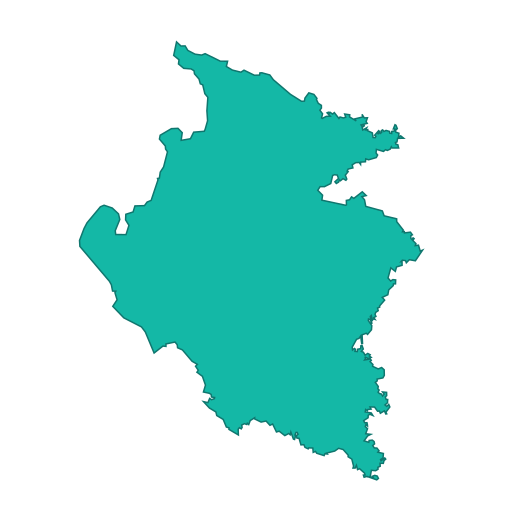 the district of Nablus, West Bank, Palestine, rotated 194°
{"feature_id": "87354302B42764778113026", "entity_name": "Nablus", "entity_type": "district", "adm_level": 2, "iso_a3": "PSE", "parent_name": "Palestine", "parent_adm1": "West Bank", "projection": "natural_earth1", "projection_center": [35.262, 32.179], "detail": "fine", "context": "isolated", "style": "filled", "palette": "teal", "viewbox_px": 512, "rotation_deg": 194, "n_neighbors": 0, "source": "geoboundaries", "source_scale": "gbopen_adm2", "svg_char_len": 6020}
<svg xmlns="http://www.w3.org/2000/svg" viewBox="0 0 512 512"><g transform="rotate(194 256 256)"><path d="M418.9,266.1L428.0,247.3L429.5,241.1L431.0,228.4L429.2,222.7L392.1,196.0L389.4,193.1L386.7,187.3L383.5,187.9L384.0,186.3L380.2,179.9L382.8,172.5L369.3,164.0L350.0,159.5L345.0,155.5L331.4,137.2L324.5,146.1L321.5,146.5L322.1,148.9L313.8,152.9L311.0,150.9L309.9,148.0L304.7,147.1L292.6,138.4L286.7,136.7L288.0,134.4L284.4,131.2L285.2,128.9L278.9,126.3L273.8,118.5L274.1,111.3L268.1,111.5L266.0,110.8L265.1,108.4L261.9,108.7L261.9,107.5L264.4,105.8L266.5,106.6L267.2,102.1L271.7,102.0L264.4,97.2L257.2,95.0L255.5,91.7L248.3,89.5L243.4,82.9L240.6,82.7L240.3,81.2L229.8,78.1L231.4,83.6L230.6,85.4L228.5,84.7L228.0,86.3L229.0,88.5L226.7,90.5L224.2,90.3L224.0,91.6L222.3,90.7L221.8,94.9L218.2,98.7L218.0,97.6L210.9,96.1L206.3,98.3L201.5,95.1L199.2,97.0L193.6,90.2L191.1,91.6L184.6,88.7L181.3,91.7L179.6,90.8L179.6,93.6L175.4,87.4L174.2,87.3L174.1,91.8L174.9,91.8L174.5,94.5L173.4,94.8L172.1,93.2L173.4,91.2L172.2,89.2L170.1,89.5L166.7,83.6L163.9,84.5L162.2,82.2L158.7,81.5L158.4,82.6L154.4,83.4L153.0,79.3L151.0,80.8L149.4,79.3L141.6,78.8L141.3,80.8L139.0,81.1L139.9,81.8L132.4,85.8L129.3,89.4L124.6,89.3L118.3,85.0L118.1,83.5L113.9,82.1L110.5,75.7L110.6,73.7L108.5,74.2L107.9,77.2L105.8,73.3L104.1,74.7L98.2,71.6L97.2,70.0L98.8,69.4L97.6,67.5L95.0,69.0L84.7,68.0L83.4,69.8L85.1,71.8L87.7,71.9L89.7,70.5L88.8,69.6L92.7,69.0L91.8,69.8L92.2,76.0L88.0,76.6L86.0,78.6L86.6,80.5L84.6,82.0L85.5,84.9L82.3,85.6L82.3,88.4L81.0,90.3L82.2,91.2L85.1,87.5L85.9,88.6L83.9,90.9L84.6,95.2L90.3,95.1L89.5,96.8L92.2,98.9L94.8,98.4L96.9,100.3L95.5,102.4L96.5,104.5L98.6,105.5L101.6,104.4L101.5,102.5L106.4,102.8L104.1,108.5L101.5,110.7L106.6,110.1L106.0,115.4L108.7,116.9L108.6,119.0L106.7,118.1L107.2,119.5L108.0,121.1L110.3,120.6L111.7,122.3L108.1,126.2L108.6,128.6L107.2,130.0L104.0,129.5L106.2,131.6L112.3,131.1L112.5,133.6L110.6,132.9L110.4,134.1L107.3,135.3L108.9,137.1L104.4,138.1L100.5,134.8L98.7,135.4L97.3,133.5L94.0,136.8L91.8,134.1L91.0,134.5L92.2,135.8L89.6,141.9L91.3,144.1L92.7,141.7L94.8,142.7L92.9,145.4L93.5,148.6L95.0,148.3L96.5,150.5L95.4,152.1L96.3,155.3L100.3,154.7L98.2,153.0L99.3,150.7L100.9,152.4L102.9,152.4L104.6,153.4L104.1,155.7L105.7,156.7L105.8,159.0L109.7,162.3L108.2,164.1L108.7,165.9L103.4,168.4L102.6,171.2L104.1,176.6L107.1,178.2L110.1,176.0L116.2,177.2L116.3,179.0L119.8,181.1L118.9,182.7L120.2,183.7L125.5,181.4L124.8,183.5L126.1,184.4L122.2,183.7L119.7,185.5L121.9,186.4L121.3,187.8L124.0,188.5L126.2,186.2L128.5,188.6L130.7,188.9L129.4,191.7L131.5,194.9L132.5,194.4L132.1,191.4L134.9,190.1L134.6,187.8L136.9,187.4L137.0,189.6L138.2,190.1L139.6,188.2L140.6,190.8L138.3,199.5L136.1,201.0L135.1,203.6L132.3,196.7L131.5,197.0L134.0,205.2L130.3,207.7L128.8,206.9L126.1,212.4L126.8,216.5L131.4,220.5L131.6,222.1L129.9,222.0L127.0,218.2L130.5,225.0L129.7,226.2L127.6,221.7L126.8,223.4L125.2,223.3L126.8,224.7L125.0,226.4L126.4,228.2L126.2,230.3L124.2,232.5L125.5,234.9L123.6,236.3L124.0,237.5L120.5,244.3L123.5,246.4L118.7,250.3L119.0,255.3L115.7,260.4L115.9,262.2L113.9,262.7L114.7,266.6L117.5,266.2L119.3,264.3L122.6,266.6L122.3,277.1L117.1,274.8L117.0,279.4L112.0,282.3L113.0,286.1L113.8,285.7L113.0,287.3L109.8,287.7L108.5,285.8L106.3,289.5L100.2,289.9L95.8,302.0L97.8,300.5L101.0,305.8L104.0,304.6L103.8,306.7L107.6,309.0L106.8,311.1L108.0,311.6L108.6,309.7L110.0,310.5L110.7,313.3L109.4,314.4L111.9,316.5L117.6,314.3L118.0,315.6L119.7,315.0L119.4,316.8L127.8,323.4L128.5,326.1L141.4,326.0L144.3,330.3L161.5,330.7L164.3,336.8L167.6,339.2L163.7,341.3L168.4,344.0L175.0,335.6L177.6,336.5L178.8,333.2L181.8,331.8L180.6,327.5L181.4,326.9L205.6,326.1L206.1,331.1L212.0,334.7L210.6,338.8L206.4,339.8L201.0,344.4L201.1,352.7L199.6,353.8L196.8,354.2L194.7,351.2L197.4,347.1L195.6,345.8L193.7,347.7L193.4,349.9L192.3,349.4L190.3,352.1L187.1,351.2L186.5,352.6L188.9,356.1L187.0,360.1L188.1,360.4L187.6,362.7L183.3,364.9L184.7,367.8L181.8,370.7L178.5,371.7L176.7,370.2L177.2,372.4L172.6,373.9L173.0,376.8L170.0,376.6L163.1,380.6L162.4,383.4L164.4,384.9L165.0,388.6L157.6,388.3L156.0,390.5L154.1,390.2L151.6,392.2L151.1,394.7L150.1,393.7L143.7,395.3L145.3,398.3L147.2,398.3L148.2,399.9L146.8,400.8L147.1,404.4L141.2,406.0L144.7,407.6L146.5,405.8L147.0,409.7L150.3,410.0L151.1,411.4L149.7,413.8L151.8,416.7L152.9,417.0L153.5,412.5L151.9,412.8L151.8,410.9L154.4,409.7L154.0,407.7L156.0,407.6L156.6,409.2L160.2,409.3L162.0,407.8L163.6,409.0L164.7,408.0L164.0,406.3L165.1,405.0L165.9,405.9L167.5,403.5L165.9,406.5L167.3,407.3L170.1,401.9L168.6,401.2L169.0,399.6L171.1,399.3L172.9,403.6L178.2,404.6L178.2,405.6L180.1,404.9L179.6,407.2L182.9,404.1L184.1,406.4L182.0,409.0L184.6,407.4L185.8,408.6L180.2,411.6L181.7,413.0L181.3,417.1L184.3,416.2L187.4,419.1L186.1,416.7L193.8,412.7L191.4,411.3L198.9,413.6L199.2,415.7L204.3,415.2L202.5,412.4L204.5,411.1L208.1,411.2L208.8,409.5L214.7,414.1L216.0,412.3L219.0,413.4L219.4,412.0L220.6,413.0L221.7,412.1L217.8,409.6L221.6,408.5L225.0,405.5L225.8,405.8L225.8,410.1L229.3,412.9L228.3,415.4L229.0,418.0L232.5,419.2L235.2,422.4L235.0,423.7L238.9,426.8L244.2,427.1L246.7,421.1L246.5,418.0L249.2,417.1L261.7,421.2L281.8,431.2L286.4,435.0L294.6,435.2L296.5,434.6L296.3,432.4L301.3,431.0L312.6,433.4L315.1,430.7L323.9,430.7L330.6,432.7L330.7,438.1L337.7,436.4L354.3,440.0L357.4,437.8L364.0,437.1L371.9,439.0L375.6,442.7L379.6,441.6L384.9,444.5L384.4,430.7L378.2,427.8L377.7,423.6L371.5,420.6L364.2,421.8L360.9,420.7L359.8,417.9L354.1,413.9L351.7,409.6L349.1,409.2L344.9,401.1L341.1,398.3L338.8,385.1L335.7,375.5L336.0,366.5L336.4,364.5L346.4,361.1L348.0,353.9L356.6,350.1L357.4,357.8L362.6,361.0L368.9,359.1L378.2,350.0L378.0,346.1L370.6,340.8L369.6,337.9L367.1,335.7L367.2,320.1L369.2,314.2L368.6,308.2L370.3,307.4L369.5,306.2L371.2,284.6L374.7,282.0L376.4,277.9L385.6,275.3L385.9,269.0L392.4,265.0L391.3,259.5L386.7,255.0L387.3,245.3L397.3,242.9L398.7,246.5L397.0,258.5L399.6,263.6L407.1,267.8L415.7,268.5L418.9,266.1Z" fill="#14b8a6" stroke="#0f766e" stroke-width="1.5"/></g></svg>